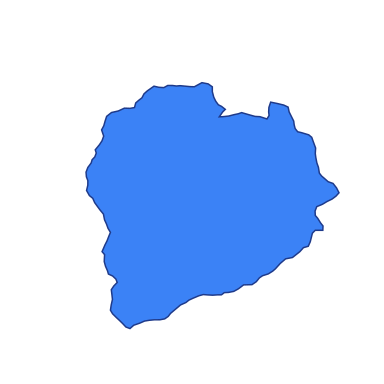 Santa Adélia, São Paulo, Brazil, rotated 59°
{"feature_id": "56859067B26078522690212", "entity_name": "Santa Adélia", "entity_type": "district", "adm_level": 2, "iso_a3": "BRA", "parent_name": "Brazil", "parent_adm1": "São Paulo", "projection": "mercator", "projection_center": [-48.82, -21.32], "detail": "fine", "context": "isolated", "style": "filled", "palette": "blue", "viewbox_px": 384, "rotation_deg": 59, "n_neighbors": 0, "source": "geoboundaries", "source_scale": "gbopen_adm2", "svg_char_len": 2239}
<svg xmlns="http://www.w3.org/2000/svg" viewBox="0 0 384 384"><g transform="rotate(59 192 192)"><path d="M168.7,65.9L164.7,68.6L159.9,73.5L155.5,78.3L159.1,82.5L162.9,85.1L166.1,86.5L168.0,90.1L162.4,95.0L159.7,99.0L155.3,103.2L149.5,108.6L148.8,112.0L147.4,116.0L145.8,121.4L143.3,126.8L141.6,129.9L139.2,124.5L138.3,120.9L133.8,122.6L130.8,124.5L126.4,124.9L121.9,124.5L116.5,122.9L112.3,120.4L107.6,122.5L103.4,127.2L103.2,131.4L103.0,135.8L100.6,139.5L97.2,144.1L94.7,147.5L93.1,150.8L90.7,153.8L88.2,157.9L88.0,162.4L85.1,166.6L81.7,170.1L82.3,178.2L83.1,182.5L85.5,186.4L86.0,190.7L86.7,194.4L90.0,197.8L88.4,202.0L85.3,206.8L84.6,213.4L82.4,220.1L83.2,226.2L86.5,230.0L89.8,233.5L92.2,237.5L98.6,238.9L101.8,242.8L103.8,247.0L106.0,253.2L109.3,254.0L111.9,257.3L112.9,261.0L115.2,263.5L117.3,268.6L120.4,272.6L124.6,274.7L128.6,275.4L132.5,277.8L136.4,281.6L142.2,281.8L146.3,280.3L151.0,280.9L155.7,280.5L160.0,280.1L165.3,279.3L170.8,281.3L175.4,281.8L179.9,282.7L184.6,282.7L187.1,286.1L190.2,290.1L192.5,293.8L194.8,297.0L196.8,299.8L200.7,299.2L203.6,301.2L206.5,303.1L211.2,304.4L215.9,305.0L219.3,305.9L223.1,303.3L227.4,302.1L231.0,302.7L232.3,307.5L234.2,311.5L238.5,313.4L243.1,315.5L247.2,319.4L251.3,322.8L255.5,322.8L260.6,321.5L264.8,320.3L269.0,319.2L273.7,318.2L277.1,315.5L276.2,310.5L277.5,304.4L278.2,299.1L280.0,294.6L282.1,290.2L285.0,285.3L286.7,280.7L286.4,276.5L285.0,272.9L284.1,267.4L282.9,260.0L283.6,254.2L283.1,250.3L283.6,245.7L284.5,239.5L285.7,235.2L288.4,231.4L291.1,227.4L293.3,223.1L295.3,219.7L294.9,216.1L296.8,212.6L298.7,207.4L298.9,202.2L298.2,195.6L302.3,188.3L302.0,183.1L300.3,178.4L300.1,174.6L301.5,168.8L301.4,163.6L300.8,160.1L298.7,153.2L297.5,146.2L299.9,139.6L299.4,135.8L298.7,130.4L297.1,125.1L298.4,120.3L295.6,116.3L289.3,110.0L288.3,106.1L292.2,99.6L288.6,97.2L284.8,97.7L279.3,97.8L275.6,98.4L271.7,96.3L268.8,92.6L269.7,86.5L269.7,81.2L270.2,75.6L269.7,70.7L268.4,66.4L262.9,66.0L257.3,66.7L253.3,70.0L249.2,71.3L245.0,72.7L241.4,73.1L235.9,70.9L231.4,70.0L226.2,68.1L222.5,66.5L218.0,63.4L211.2,62.1L206.8,61.2L203.1,62.5L197.5,67.6L194.8,70.4L190.7,70.9L187.0,69.8L183.6,68.3L178.4,67.9L173.4,67.5L168.7,65.9Z" fill="#3b82f6" stroke="#1e3a8a" stroke-width="1.5"/></g></svg>